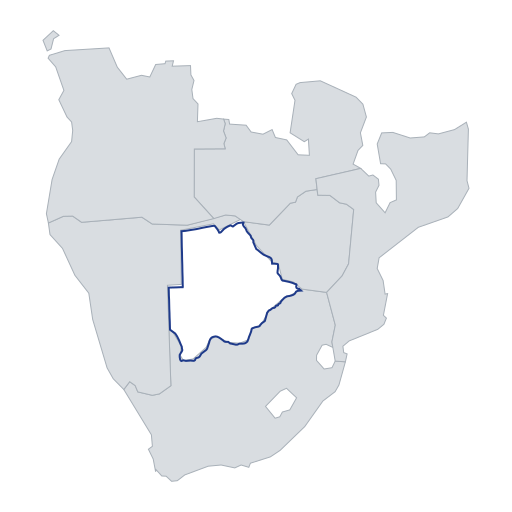 Botswana shown with its bordering countries
{"feature_id": "BWA", "entity_name": "Botswana", "entity_type": "country or territory", "adm_level": 0, "iso_a3": "BWA", "parent_name": "Africa", "parent_adm1": "", "projection": "orthographic", "projection_center": [24.585, -22.321], "detail": "fine", "context": "with_neighbors", "style": "outline", "palette": "blue", "viewbox_px": 512, "rotation_deg": 0, "n_neighbors": 6, "source": "natural_earth", "source_scale": "50m", "svg_char_len": 6420}
<svg xmlns="http://www.w3.org/2000/svg" viewBox="0 0 512 512"><path d="M123.8,389.5L129.7,381.7L135.2,385.6L137.8,391.9L152.3,395.3L159.4,393.9L170.9,385.7L168.9,329.7L172.7,331.9L181.3,346.1L180.3,355.4L183.5,360.6L193.2,358.9L206.2,347.3L209.5,340.0L216.1,336.4L228.5,342.4L239.7,343.2L248.5,339.7L252.4,327.7L260.0,326.6L269.0,310.8L281.8,299.7L302.0,289.1L326.6,292.4L335.3,325.1L331.9,341.9L332.8,347.4L326.1,344.3L322.1,345.2L316.6,355.2L316.5,360.4L324.1,369.0L332.0,367.7L335.2,361.1L345.4,361.8L338.9,385.1L335.1,391.7L322.9,401.0L304.8,426.5L280.2,450.3L270.3,456.9L250.4,463.2L248.8,467.3L241.1,465.0L234.8,467.9L221.1,465.0L208.2,466.2L184.8,474.9L177.3,480.7L171.6,481.3L166.1,476.2L161.8,476.0L156.0,469.6L155.6,471.7L153.2,459.0L148.4,449.2L152.4,446.3L151.4,434.8L123.8,389.5ZM296.6,397.8L286.5,388.3L280.2,391.2L265.5,406.4L275.1,418.2L279.8,416.8L282.4,412.0L289.8,409.9L296.6,397.8Z" fill="#d9dde1" stroke="#a8b0b8" stroke-width="1"/><path d="M326.6,292.4L302.0,289.1L293.2,281.9L282.3,279.3L278.4,264.2L272.3,262.4L256.4,245.5L243.5,221.7L269.3,225.1L290.3,203.2L295.5,202.2L297.4,197.0L305.9,191.2L317.0,189.5L317.8,195.2L329.9,195.4L339.6,202.8L346.4,204.2L353.7,209.5L348.6,263.8L342.1,275.9L326.6,292.4Z" fill="#d9dde1" stroke="#a8b0b8" stroke-width="1"/><path d="M167.4,285.3L170.9,385.7L159.4,393.9L152.3,395.3L137.8,391.9L135.2,385.6L129.7,381.7L123.8,389.5L113.2,378.7L107.1,367.9L92.7,319.5L88.8,293.2L74.9,275.3L62.5,248.4L50.0,234.6L48.4,223.0L63.4,216.3L72.7,216.1L81.6,222.3L141.9,217.2L152.2,224.0L187.2,225.2L225.6,215.0L235.1,215.9L240.8,219.3L219.1,230.0L213.5,223.8L180.6,230.2L181.3,284.4L167.4,285.3Z" fill="#d9dde1" stroke="#a8b0b8" stroke-width="1"/><path d="M320.3,80.8L356.1,97.2L362.9,104.2L366.4,117.0L360.4,132.8L362.8,145.4L358.0,150.4L353.1,164.1L360.7,168.4L315.9,178.7L317.0,189.5L305.9,191.2L297.4,197.0L295.5,202.2L290.3,203.2L269.3,225.1L243.5,221.7L235.1,215.9L225.6,215.0L213.8,218.6L194.2,197.0L194.3,149.0L225.2,148.8L223.9,143.6L226.1,138.0L223.5,131.0L225.2,123.7L223.6,119.1L228.8,119.5L229.6,124.1L246.1,125.2L251.1,132.0L263.0,134.2L272.1,129.6L275.4,137.5L286.7,139.9L298.1,154.8L309.4,155.3L308.4,139.1L304.3,141.7L290.1,132.8L295.0,100.3L291.7,93.6L296.1,84.3L300.1,82.6L320.3,80.8Z" fill="#d9dde1" stroke="#a8b0b8" stroke-width="1"/><path d="M381.7,132.9L392.8,132.4L410.2,138.0L424.3,136.9L429.7,132.8L438.4,133.9L454.5,129.6L466.4,122.2L468.4,129.1L467.0,180.7L469.0,188.3L457.7,208.5L448.0,216.9L418.3,227.3L379.1,257.8L377.2,268.5L383.1,280.5L385.1,294.1L387.6,293.6L383.4,315.3L386.4,318.1L383.9,324.3L377.8,329.3L349.2,340.9L342.9,346.2L343.7,352.6L347.1,353.9L345.4,361.8L335.2,361.1L331.9,341.9L335.3,325.1L326.6,292.4L342.1,275.9L348.6,263.8L353.7,209.5L346.4,204.2L339.6,202.8L329.9,195.4L317.8,195.2L315.9,178.7L360.7,168.4L368.8,176.1L372.9,175.0L378.4,179.2L379.0,185.3L375.6,192.1L376.2,202.8L385.1,212.8L390.1,202.6L396.4,199.9L396.2,180.4L390.7,169.1L385.6,163.9L380.6,163.7L377.2,144.0L381.7,132.9Z" fill="#d9dde1" stroke="#a8b0b8" stroke-width="1"/><path d="M59.0,35.3L53.6,38.7L51.0,49.0L47.2,50.9L43.0,40.3L53.3,30.7L59.0,35.3ZM49.4,55.3L64.9,50.6L109.0,47.9L117.3,67.2L126.7,79.2L141.5,75.3L149.8,77.0L155.7,64.5L165.0,63.7L165.8,61.1L173.5,60.8L172.2,66.2L190.5,65.6L190.9,74.9L194.0,80.5L191.8,89.5L193.0,98.6L198.0,104.0L197.4,121.7L216.8,118.3L223.6,119.1L225.2,123.7L223.5,131.0L226.1,138.0L223.9,143.6L225.2,148.8L194.3,149.0L194.2,197.0L213.8,218.6L187.2,225.2L152.2,224.0L141.9,217.2L81.6,222.3L72.7,216.1L63.4,216.3L48.4,223.0L46.4,213.7L52.1,179.5L59.2,159.1L71.6,141.6L72.7,130.4L71.6,122.0L67.0,117.0L58.8,99.7L63.9,90.4L55.7,66.9L48.1,58.2L49.4,55.3Z" fill="#d9dde1" stroke="#a8b0b8" stroke-width="1"/><path d="M243.4,222.6L243.1,223.4L242.9,224.4L243.2,225.3L243.8,226.4L244.6,227.3L245.2,227.9L246.0,229.3L246.7,231.1L247.7,232.5L250.6,235.6L250.9,236.8L251.3,237.9L253.2,240.1L253.4,240.8L253.3,242.2L255.2,246.6L256.4,249.2L257.4,249.7L260.7,252.5L263.6,254.7L267.0,256.2L269.5,257.2L270.7,258.0L271.3,258.7L271.8,260.0L272.0,262.3L272.1,263.7L274.8,263.7L277.0,263.9L277.8,264.2L278.0,264.7L278.0,265.6L278.0,267.1L278.0,268.2L277.8,269.5L277.6,270.9L277.5,272.8L277.8,273.5L279.9,275.8L280.7,277.3L281.6,279.6L282.2,280.3L282.6,280.6L284.5,280.9L289.5,282.0L292.5,282.9L294.9,283.9L295.9,284.1L296.4,284.4L296.5,284.6L296.2,286.6L296.3,287.2L296.5,287.8L296.9,288.2L297.4,288.5L299.2,288.8L300.3,290.0L301.0,290.6L297.7,290.8L296.0,291.7L295.0,293.5L293.5,294.7L291.4,295.5L289.3,296.0L287.0,296.3L284.5,297.7L281.9,300.4L280.6,302.1L280.5,302.8L279.9,303.4L278.8,303.9L278.2,304.5L278.0,305.3L277.5,305.6L276.4,305.5L275.7,306.1L275.3,307.1L274.4,307.8L273.0,308.0L271.8,308.6L270.7,309.6L269.9,310.1L269.4,310.1L268.5,310.9L267.1,312.8L266.9,313.7L264.9,320.9L263.8,321.8L261.8,323.2L260.2,325.0L259.5,326.0L258.7,326.5L255.0,327.3L253.7,327.8L252.0,328.5L251.6,329.1L251.2,331.3L250.0,334.5L249.0,336.9L248.4,338.9L247.4,341.5L246.5,342.3L245.4,343.1L244.1,343.5L242.3,343.7L240.6,343.7L239.3,343.7L237.5,344.6L235.9,344.7L233.3,344.1L231.1,343.6L230.2,343.5L228.3,341.9L227.1,341.9L225.2,341.8L224.2,341.4L223.2,340.5L221.1,338.9L219.0,337.5L217.2,336.7L215.5,336.4L213.9,336.7L212.6,337.1L212.1,337.3L211.2,338.0L210.2,339.3L209.4,341.4L209.1,342.7L208.2,345.4L207.1,348.7L206.5,349.6L205.8,350.3L204.8,351.0L201.4,353.6L199.7,356.5L198.6,357.4L197.3,357.8L196.2,358.1L195.6,358.6L195.0,360.1L194.4,360.6L193.7,360.8L191.8,360.7L191.1,360.5L185.9,360.9L184.3,360.5L183.2,360.3L181.5,361.0L180.7,360.6L180.1,359.4L179.7,357.0L179.7,354.9L180.6,353.3L181.4,352.1L182.2,350.6L182.3,349.9L182.1,349.3L181.9,348.1L181.8,346.8L180.6,344.1L179.1,340.4L177.1,336.4L176.4,335.3L175.2,333.5L170.7,330.2L170.1,329.8L170.0,329.4L169.9,326.1L169.8,321.8L169.6,317.4L169.5,313.1L169.3,308.7L169.2,304.3L169.1,300.0L168.9,295.6L168.8,291.2L168.7,287.6L171.9,287.5L175.9,287.4L180.6,287.2L182.7,287.2L182.8,286.6L182.7,283.9L182.6,277.7L182.4,271.5L182.3,265.3L182.1,259.1L182.0,252.8L181.8,246.6L181.7,240.4L181.6,234.2L181.5,231.2L185.2,230.9L189.5,230.2L196.4,229.1L202.9,227.7L207.1,226.9L212.2,226.0L213.9,225.8L214.3,225.9L215.0,226.2L217.4,229.3L218.8,231.6L219.1,232.6L219.4,232.7L220.1,232.6L220.9,232.2L223.2,229.8L223.7,229.2L225.2,228.1L227.1,226.9L228.7,226.1L230.4,225.4L231.2,225.6L232.1,226.2L232.9,226.5L236.7,223.7L238.4,223.0L242.8,222.5L243.4,222.6Z" fill="none" stroke="#1e3a8a" stroke-width="2"/></svg>